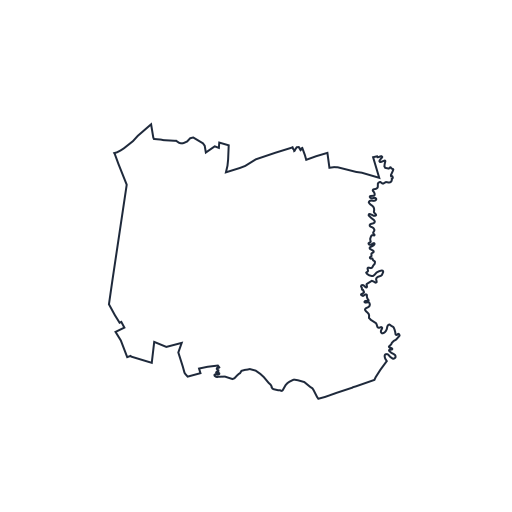 the district of Sepreus, Arad, Romania, rotated 240°
{"feature_id": "2599482B37424081846872", "entity_name": "Sepreus", "entity_type": "district", "adm_level": 2, "iso_a3": "ROU", "parent_name": "Romania", "parent_adm1": "Arad", "projection": "mercator", "projection_center": [21.705, 46.561], "detail": "fine", "context": "isolated", "style": "outline", "palette": "slate", "viewbox_px": 512, "rotation_deg": 240, "n_neighbors": 0, "source": "geoboundaries", "source_scale": "gbopen_adm2", "svg_char_len": 6145}
<svg xmlns="http://www.w3.org/2000/svg" viewBox="0 0 512 512"><g transform="rotate(240 256 256)"><path d="M280.4,411.5L280.8,410.6L281.8,410.7L283.0,406.8L262.1,401.8L275.3,389.2L278.7,384.8L291.9,371.2L293.9,368.1L295.7,363.7L309.6,369.4L312.3,358.2L314.2,347.6L319.0,348.8L326.4,350.1L326.5,348.7L325.5,348.0L325.4,347.5L329.0,347.5L329.8,345.6L328.6,343.2L327.8,342.0L327.8,341.6L328.9,342.0L330.0,341.7L331.9,342.0L332.0,340.9L335.7,324.6L339.8,304.2L339.4,291.6L340.3,286.0L343.5,271.8L348.4,276.4L353.5,280.1L365.5,287.7L372.6,280.9L368.2,277.9L371.6,275.1L370.7,264.3L377.1,266.7L380.1,266.4L390.0,260.9L390.9,257.9L389.6,253.6L390.0,249.8L390.5,248.3L391.5,246.9L392.6,245.9L395.8,244.4L395.9,244.0L402.6,233.8L404.4,231.8L408.4,226.1L410.0,226.3L422.5,231.0L419.2,213.8L417.0,206.9L415.3,195.4L415.1,191.5L415.2,189.3L415.3,187.3L416.0,184.7L414.9,184.7L404.6,182.9L382.5,179.7L381.9,179.3L306.5,119.3L287.7,104.5L275.4,104.2L266.4,104.5L266.3,106.4L259.8,106.2L260.5,96.4L250.4,96.7L232.8,93.9L232.2,97.4L231.3,97.6L215.6,112.3L232.5,124.9L222.1,132.9L217.9,148.2L211.3,140.5L196.8,137.3L190.6,135.7L189.1,135.8L185.7,136.5L182.3,149.3L187.0,150.4L184.3,158.6L180.2,168.2L177.9,168.5L177.8,168.2L177.9,167.5L178.5,166.8L178.4,166.1L177.9,165.6L176.8,165.8L175.9,166.3L175.3,166.0L174.9,165.6L175.4,164.6L175.4,163.9L175.0,163.3L174.5,163.4L173.8,164.0L173.4,165.3L172.7,165.5L172.2,165.1L172.5,163.4L173.8,161.9L173.9,161.2L173.8,160.6L173.5,160.4L172.8,160.3L171.5,160.9L170.6,161.8L170.3,162.9L167.1,168.8L161.2,174.1L160.9,176.2L162.0,179.9L162.5,182.2L162.5,183.6L163.8,186.0L162.9,189.5L161.9,191.8L161.2,194.1L156.9,198.4L151.7,200.8L147.3,202.2L139.8,203.5L137.3,204.3L135.2,204.3L134.5,203.9L132.9,204.0L131.9,204.6L128.7,208.0L127.6,209.8L126.6,210.4L126.3,210.9L126.4,212.0L129.4,217.1L130.2,219.7L130.4,222.1L130.2,225.5L130.1,226.5L129.8,227.3L127.4,230.2L122.7,234.8L115.5,237.5L113.2,238.7L111.0,238.8L103.5,238.4L101.2,238.6L99.4,245.4L97.2,257.4L93.8,273.7L93.9,274.4L93.2,277.1L89.5,296.6L91.2,299.0L95.3,306.9L99.6,316.7L102.5,316.6L103.5,316.8L104.7,317.2L105.6,317.8L106.0,318.4L106.1,319.0L105.7,320.1L105.1,320.8L104.4,321.2L101.5,321.8L99.3,322.8L98.5,323.3L98.2,324.0L98.2,325.2L98.4,326.0L99.0,326.5L99.7,326.8L100.6,326.9L102.3,326.2L103.8,325.2L104.9,324.6L107.3,323.9L107.7,324.0L108.0,324.4L108.1,324.9L107.2,326.6L107.1,327.1L107.3,327.5L107.6,327.6L108.3,327.4L110.0,325.9L110.5,325.7L111.0,325.8L111.2,326.1L111.9,328.9L112.9,330.3L113.6,332.9L113.5,335.0L113.7,336.0L115.1,340.2L115.6,340.7L117.0,340.7L117.4,340.4L117.5,340.0L117.2,338.8L117.3,338.3L117.8,337.8L118.4,337.7L120.7,338.6L123.0,339.2L125.3,339.5L126.1,339.3L127.7,338.3L129.4,337.6L130.0,337.2L130.1,336.4L130.0,335.7L129.4,334.6L127.2,332.6L126.1,330.9L125.6,329.5L125.5,328.3L125.7,327.1L126.0,326.5L126.8,326.2L127.8,326.2L128.3,326.5L129.0,327.1L130.1,328.8L130.6,329.3L131.1,329.3L131.6,329.1L131.9,328.7L132.2,326.9L132.6,326.2L133.3,325.8L134.0,325.7L136.6,326.3L137.9,326.3L143.5,323.4L144.1,323.4L145.6,322.9L145.9,322.9L147.9,324.2L149.3,324.6L151.1,324.3L153.2,323.6L154.9,323.5L155.3,323.8L155.7,324.6L155.8,325.2L155.6,327.4L155.7,328.5L156.1,329.5L157.2,330.4L158.5,330.7L159.3,330.6L159.8,330.2L160.9,327.5L161.6,327.0L162.0,327.0L162.4,327.8L162.3,328.4L161.1,330.5L161.1,331.1L161.4,331.4L163.4,331.2L165.4,331.7L166.7,332.5L167.4,332.4L167.9,331.9L168.0,330.9L167.9,328.8L168.1,328.5L168.9,328.0L169.8,327.6L170.1,327.7L170.3,328.0L170.2,329.6L170.3,330.7L170.6,331.4L171.2,331.6L171.7,331.7L172.3,331.5L172.9,331.7L173.3,331.7L173.8,331.1L174.5,331.2L175.6,331.8L177.0,331.7L177.8,332.5L177.8,333.2L177.4,334.0L176.8,334.5L174.1,335.3L173.5,336.0L173.8,336.7L176.2,337.6L176.4,338.1L176.6,343.9L175.1,345.1L173.2,346.1L173.0,346.7L173.1,347.4L173.8,347.8L175.6,348.3L176.5,349.0L176.9,350.1L177.0,351.2L176.4,354.2L176.6,355.5L178.4,358.0L179.1,358.4L179.8,358.4L180.5,357.8L180.9,356.6L181.3,354.7L181.4,352.2L180.4,349.1L180.2,347.3L180.8,346.2L182.8,344.3L184.6,343.4L185.7,343.1L186.5,343.2L186.6,343.6L186.7,345.0L187.1,345.6L189.3,346.3L189.7,346.7L189.8,347.3L189.5,347.9L188.3,349.1L188.0,349.7L187.9,350.6L188.4,351.7L189.1,352.7L189.9,354.9L191.4,356.1L192.1,356.1L193.7,355.3L195.6,355.5L196.4,354.0L197.1,353.7L197.6,353.8L198.0,354.3L198.1,355.7L198.3,356.1L200.2,357.0L200.5,357.6L200.5,359.2L200.7,359.9L201.2,360.2L201.9,360.2L205.1,358.3L205.8,358.3L206.3,358.6L206.6,359.3L206.4,361.6L206.4,363.1L206.8,364.2L207.2,364.7L207.6,364.8L208.0,364.7L208.4,364.0L208.3,361.3L208.9,360.1L209.4,359.7L210.2,359.6L210.7,359.8L210.9,360.5L210.8,362.0L211.1,362.5L213.0,363.1L213.8,363.5L214.9,364.7L215.7,365.8L216.0,366.6L215.7,367.3L214.7,368.7L214.8,369.0L215.1,369.2L216.9,368.9L217.7,369.2L218.8,371.1L219.5,371.6L220.9,371.7L221.6,371.6L222.9,370.9L224.3,369.8L225.1,369.6L225.9,369.9L226.3,370.6L226.3,371.6L225.6,374.1L225.7,375.2L226.3,376.0L227.1,376.2L228.2,376.1L231.1,374.9L234.2,374.0L234.8,373.9L235.3,374.2L235.7,374.7L235.5,375.5L233.5,377.1L232.0,378.0L231.5,378.8L231.2,379.7L231.4,380.4L232.0,380.6L234.7,380.0L235.5,380.3L236.7,381.3L238.2,382.0L239.5,382.2L241.1,381.9L243.6,380.8L244.9,380.5L246.0,380.5L246.5,381.0L246.8,381.9L246.6,383.2L244.9,385.5L244.5,386.7L244.5,387.6L244.9,388.4L245.6,388.7L246.5,388.4L247.2,387.5L247.8,385.7L248.4,384.7L249.4,384.1L250.3,384.1L250.7,384.5L250.6,385.4L249.3,388.1L249.3,388.9L249.9,389.5L250.7,389.9L252.2,390.1L253.8,389.8L254.4,389.9L254.8,390.3L255.0,390.9L254.2,393.4L254.2,394.5L254.4,395.4L254.9,396.0L257.7,397.7L258.2,398.6L258.2,400.0L257.9,400.7L256.0,401.5L255.5,401.8L255.1,402.4L255.1,405.3L254.8,405.9L253.3,407.6L252.9,408.5L252.7,409.4L253.0,410.6L254.1,411.8L254.9,412.1L255.0,413.1L255.4,413.6L255.9,413.8L256.9,413.9L257.2,413.7L257.4,412.9L257.8,412.9L258.7,413.4L261.1,416.8L262.2,418.1L262.8,418.1L264.0,417.1L265.5,416.9L265.7,416.6L265.3,414.7L267.7,412.0L269.4,412.0L271.3,413.4L273.3,415.3L273.9,415.5L274.3,415.2L275.0,411.1L275.3,410.6L275.6,410.3L276.4,410.3L276.9,410.8L277.7,412.5L278.3,414.4L278.6,414.8L279.1,414.8L279.8,414.4L280.1,413.4L280.4,411.5Z" fill="none" stroke="#1e293b" stroke-width="2"/></g></svg>